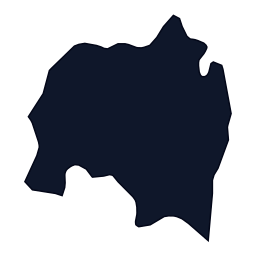 outline of Sololá
{"feature_id": "GTM-1954", "entity_name": "Sololá", "entity_type": "Department", "adm_level": 1, "iso_a3": "GTM", "parent_name": "Guatemala", "parent_adm1": "", "projection": "natural_earth1", "projection_center": [-91.246, 14.721], "detail": "fine", "context": "isolated", "style": "filled", "palette": "ink", "viewbox_px": 256, "rotation_deg": 0, "n_neighbors": 0, "source": "natural_earth", "source_scale": "10m", "svg_char_len": 1378}
<svg xmlns="http://www.w3.org/2000/svg" viewBox="0 0 256 256"><path d="M221.7,65.4L222.9,69.2L231.1,113.6L227.8,125.1L227.4,127.2L228.4,139.9L218.0,168.2L214.0,174.8L212.4,180.2L212.4,193.4L208.2,240.6L188.5,223.4L181.8,218.6L176.9,216.6L173.9,215.9L168.7,215.8L164.2,216.5L150.2,224.8L138.8,226.7L137.4,225.9L135.9,224.7L135.6,222.9L135.6,221.2L136.9,214.5L137.0,212.7L136.9,207.2L136.1,202.3L135.2,199.9L132.9,196.7L118.2,181.9L112.9,175.4L111.4,174.9L109.5,174.6L103.8,176.0L92.5,177.1L92.1,176.8L86.3,169.1L78.8,165.0L74.8,164.6L71.8,165.8L70.0,166.9L67.5,168.8L66.1,170.4L65.4,172.0L64.9,173.7L64.8,175.4L65.1,182.9L64.7,187.5L62.1,195.6L55.4,193.4L32.4,189.8L24.9,181.7L36.9,155.6L39.3,147.3L39.2,145.2L38.6,142.0L32.3,122.9L30.9,120.2L28.4,116.7L43.2,93.7L49.4,70.5L51.3,68.5L74.4,46.1L78.9,44.4L84.8,43.4L96.5,45.5L101.1,47.0L104.0,48.4L107.6,48.9L118.0,43.8L125.0,43.8L128.5,44.6L136.6,47.6L138.2,47.8L141.5,47.9L144.2,47.3L149.8,45.4L156.8,37.5L163.5,26.6L173.4,15.4L179.5,18.6L182.1,26.5L186.9,36.3L190.0,38.9L191.4,39.2L192.8,39.3L195.0,39.7L197.8,40.6L203.7,43.1L205.9,45.1L206.9,47.0L206.6,48.4L205.3,51.2L203.8,53.7L199.6,59.0L198.9,60.2L198.5,62.6L198.5,65.8L199.2,72.1L200.3,74.9L201.6,76.5L203.1,76.7L204.6,76.7L205.9,76.1L207.0,75.3L207.8,74.2L208.5,73.0L209.0,71.7L211.0,63.6L213.3,62.0L221.7,65.4Z" fill="#0f172a" stroke="#020617" stroke-width="1.5"/></svg>